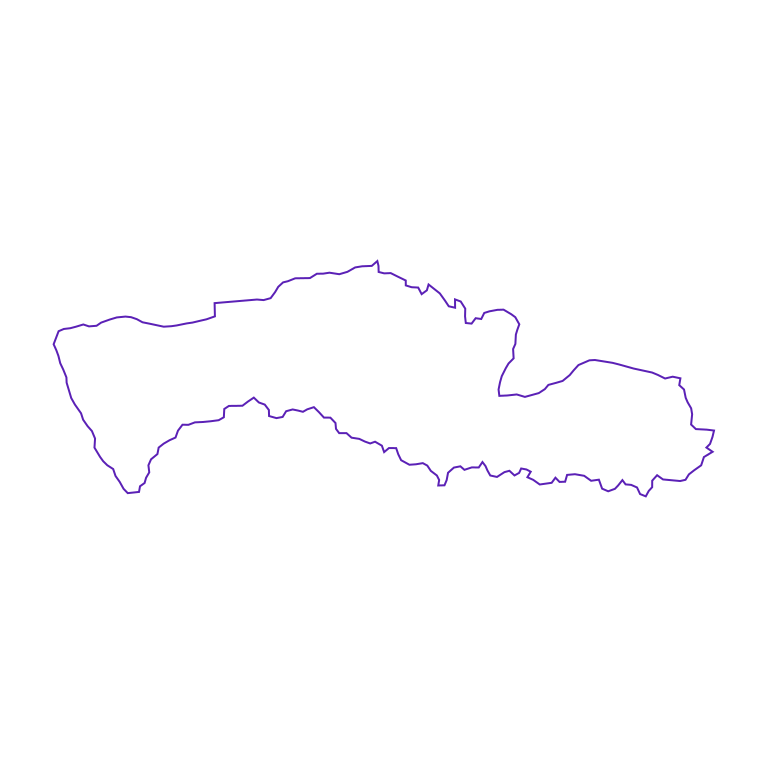 outline of Professor Jamil, Goiás, Brazil, rotated 273°
{"feature_id": "56859067B81841730871776", "entity_name": "Professor Jamil", "entity_type": "district", "adm_level": 2, "iso_a3": "BRA", "parent_name": "Brazil", "parent_adm1": "Goiás", "projection": "orthographic", "projection_center": [-49.253, -17.277], "detail": "fine", "context": "isolated", "style": "outline", "palette": "violet", "viewbox_px": 768, "rotation_deg": 273, "n_neighbors": 0, "source": "geoboundaries", "source_scale": "gbopen_adm2", "svg_char_len": 3274}
<svg xmlns="http://www.w3.org/2000/svg" viewBox="0 0 768 768"><g transform="rotate(273 384 384)"><path d="M291.8,544.8L294.1,556.6L299.4,560.1L295.4,564.4L295.9,570.0L302.8,571.6L303.9,579.4L302.8,588.7L298.2,595.9L299.7,603.6L290.9,607.3L288.6,613.5L291.4,620.1L294.9,623.1L300.5,627.1L296.4,630.5L296.2,636.1L293.9,642.1L287.5,645.5L285.5,651.3L291.1,654.0L295.0,657.2L301.5,656.9L307.2,661.5L303.3,667.6L302.6,684.8L304.1,690.1L309.7,693.2L314.2,698.4L319.4,705.0L327.8,707.3L333.5,715.7L337.4,709.3L341.2,712.7L348.3,714.8L354.8,716.0L355.3,708.7L355.3,697.8L359.6,692.8L369.9,693.3L375.8,692.0L381.6,688.2L386.0,686.0L394.2,683.9L398.3,678.9L405.2,679.7L406.4,671.9L404.2,664.4L407.4,657.0L409.5,651.1L412.5,632.5L415.8,617.7L417.1,611.1L419.0,593.4L418.4,587.9L413.1,577.2L407.6,572.7L402.6,569.0L396.4,562.2L394.2,555.9L391.7,548.2L387.3,544.9L383.0,539.0L378.5,525.4L380.5,517.1L379.0,507.8L378.2,499.8L384.5,498.7L391.9,499.8L398.0,501.2L406.2,504.8L411.0,507.3L416.4,512.1L425.7,511.1L430.9,513.1L440.3,513.1L445.1,514.3L450.7,516.0L457.6,511.6L460.3,507.5L464.5,499.5L464.0,493.4L462.1,485.5L460.2,480.4L454.0,477.7L454.5,472.1L448.9,468.3L449.2,462.5L455.8,461.4L463.5,461.2L470.4,456.3L472.2,450.5L463.9,451.0L465.0,444.6L470.4,440.6L477.4,435.0L485.7,423.3L479.8,421.9L475.7,416.9L482.1,413.1L482.1,406.5L483.6,400.6L488.5,400.3L492.1,391.8L495.1,384.9L494.5,378.4L495.6,372.8L501.7,372.3L506.4,370.9L501.3,365.6L500.4,356.0L498.9,349.1L494.1,341.6L491.3,333.6L492.3,323.7L491.0,317.4L490.6,311.2L485.9,304.5L484.9,289.8L481.6,282.6L480.2,277.9L475.5,273.3L470.0,270.4L463.8,266.3L461.5,259.4L461.7,252.7L455.9,210.6L442.7,211.6L439.3,203.3L437.5,197.0L435.3,189.5L434.2,183.9L431.6,173.8L430.6,168.7L429.7,161.0L431.9,147.1L433.0,139.6L435.8,133.8L437.5,127.9L437.8,122.3L436.5,113.7L434.0,106.7L430.5,98.3L427.1,93.9L426.1,86.4L427.7,80.6L425.1,73.4L423.3,67.8L422.2,61.4L419.7,56.3L406.4,52.0L400.6,55.0L395.0,57.4L387.8,59.6L381.7,62.9L374.0,66.5L368.7,67.0L363.4,68.9L353.6,72.4L347.3,76.4L338.9,83.0L332.6,85.4L326.4,90.2L321.7,94.8L314.4,98.3L305.3,98.2L296.3,104.3L292.2,107.6L288.4,111.9L284.9,118.0L278.1,120.7L272.4,125.2L265.7,129.4L261.6,133.8L263.4,145.0L269.1,145.7L272.6,150.1L277.9,151.3L283.5,154.2L290.5,153.0L296.6,155.3L302.2,161.4L308.7,162.3L312.9,167.1L316.7,172.9L319.6,178.6L326.6,180.7L332.8,184.9L333.0,190.8L335.8,197.2L336.6,205.3L337.7,212.7L339.2,220.8L342.4,225.8L350.7,225.8L354.0,230.3L354.4,237.0L354.9,243.8L359.3,249.0L363.6,254.7L359.0,260.0L357.2,266.0L352.0,270.4L346.0,270.9L344.3,278.4L345.8,284.5L351.7,287.7L353.8,294.1L353.0,299.4L352.0,304.5L354.7,308.7L357.2,315.2L352.5,320.5L347.3,325.8L347.6,332.2L342.5,337.6L336.7,338.4L332.6,341.8L333.0,349.1L328.7,354.4L327.9,362.2L325.5,368.0L323.9,373.3L325.9,378.1L322.3,385.1L316.0,387.7L320.3,392.3L320.6,399.5L314.6,401.9L308.8,405.1L304.7,413.6L305.5,420.1L307.0,426.9L304.8,431.5L299.7,435.3L295.4,441.6L291.0,444.1L285.5,443.5L286.0,449.7L291.3,451.6L298.7,452.6L304.2,458.2L305.8,464.6L302.5,468.8L305.3,476.0L305.6,483.0L311.2,486.4L307.3,489.7L303.1,491.8L298.2,494.9L297.1,501.7L302.3,508.9L303.9,513.8L299.5,519.1L302.3,523.6L306.8,525.4L306.1,530.7L304.1,535.1L298.4,532.1L296.1,538.0L291.8,544.8Z" fill="none" stroke="#5b21b6" stroke-width="2"/></g></svg>